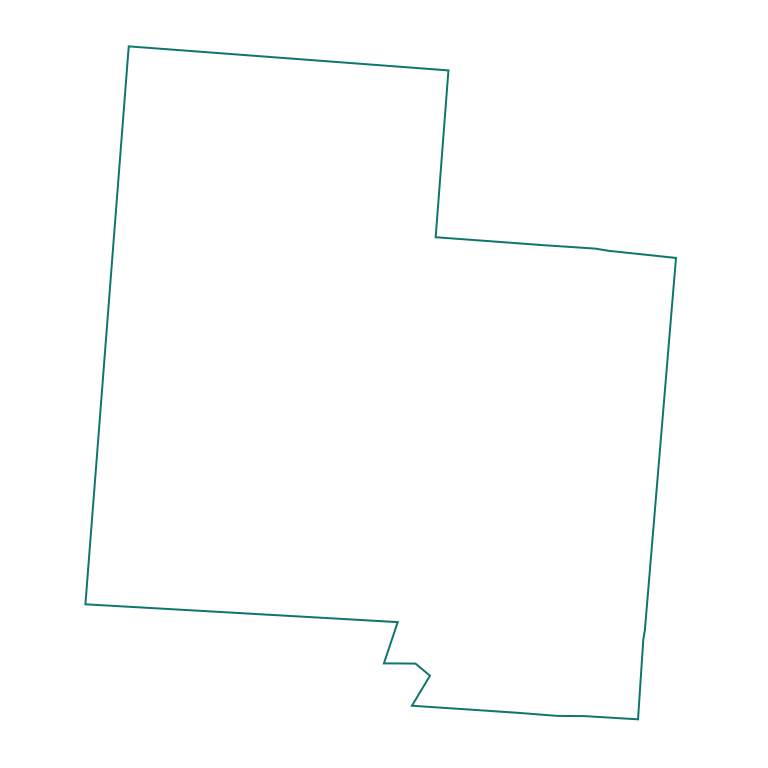 the district of Owen, Indiana, United States of America, rotated 94°
{"feature_id": "52423323B55669324788412", "entity_name": "Owen", "entity_type": "district", "adm_level": 2, "iso_a3": "USA", "parent_name": "United States of America", "parent_adm1": "Indiana", "projection": "robinson", "projection_center": [-86.781, 39.32], "detail": "fine", "context": "isolated", "style": "outline", "palette": "teal", "viewbox_px": 768, "rotation_deg": 94, "n_neighbors": 0, "source": "geoboundaries", "source_scale": "gbopen_adm2", "svg_char_len": 403}
<svg xmlns="http://www.w3.org/2000/svg" viewBox="0 0 768 768"><g transform="rotate(94 384 384)"><path d="M237.9,101.5L235.5,169.0L234.2,182.3L234.4,236.4L234.0,342.7L66.7,341.6L65.0,662.2L624.6,666.5L620.6,353.7L662.7,364.6L660.7,333.1L671.8,317.8L703.0,333.7L702.7,224.7L703.0,187.5L701.3,160.7L700.8,107.2L620.3,107.5L611.4,106.6L237.9,101.5Z" fill="none" stroke="#0f766e" stroke-width="2"/></g></svg>